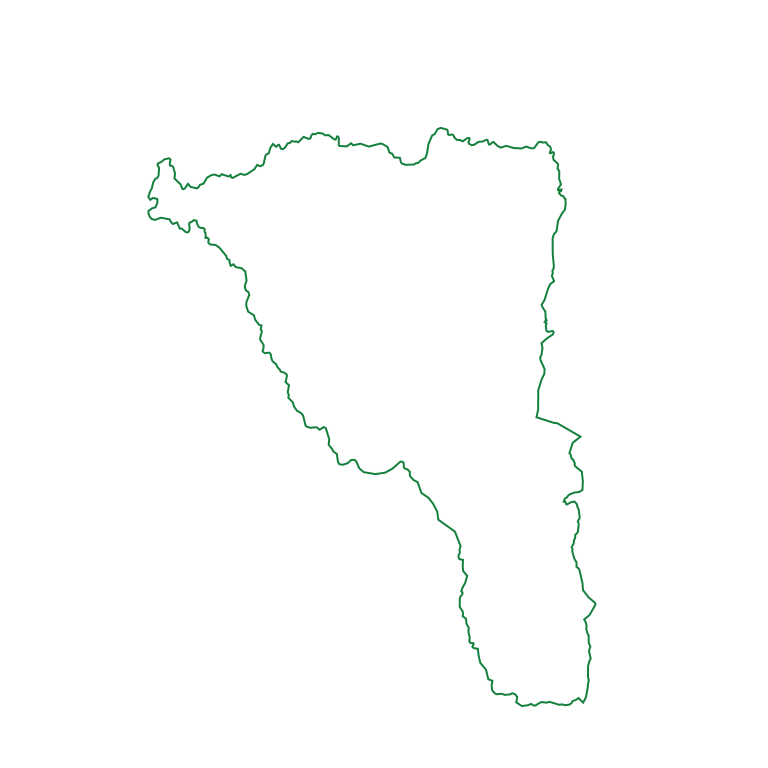 Macara, Loja, Ecuador (Equal Earth projection), rotated 15°
{"feature_id": "8360857B58604759333218", "entity_name": "Macara", "entity_type": "district", "adm_level": 2, "iso_a3": "ECU", "parent_name": "Ecuador", "parent_adm1": "Loja", "projection": "equal_earth", "projection_center": [-79.942, -4.349], "detail": "fine", "context": "isolated", "style": "outline", "palette": "green", "viewbox_px": 768, "rotation_deg": 15, "n_neighbors": 0, "source": "geoboundaries", "source_scale": "gbopen_adm2", "svg_char_len": 6165}
<svg xmlns="http://www.w3.org/2000/svg" viewBox="0 0 768 768"><g transform="rotate(15 384 384)"><path d="M124.1,228.8L122.4,228.1L120.7,228.4L119.9,225.9L119.7,222.5L118.1,221.6L113.9,223.7L111.2,227.4L108.7,229.2L108.5,230.1L108.5,231.1L110.9,233.6L112.3,241.2L111.6,243.8L109.9,245.1L108.9,249.2L109.1,255.3L108.3,258.1L107.9,264.3L110.6,266.6L112.6,264.1L116.8,263.9L117.6,265.1L118.2,268.2L117.5,272.5L114.4,274.4L111.7,277.9L112.4,280.3L114.4,283.1L116.7,284.7L120.2,284.8L125.6,281.1L134.4,280.5L136.3,282.7L138.8,284.1L142.2,281.4L146.7,286.8L148.4,286.2L153.1,288.5L154.7,288.6L155.8,287.7L156.2,286.0L156.0,283.9L154.3,279.8L154.5,278.4L156.6,276.8L157.7,275.0L160.7,274.8L161.8,277.4L164.2,280.1L166.4,280.7L168.8,280.1L170.6,280.7L171.4,283.6L172.6,284.3L173.9,289.1L175.6,288.4L177.4,289.6L177.5,292.4L178.2,293.3L179.9,294.2L185.5,293.3L189.7,294.9L198.4,301.1L199.8,303.5L202.7,304.4L203.9,307.5L205.5,309.5L207.6,307.3L210.5,309.5L216.3,309.0L220.8,311.1L224.5,319.7L224.1,325.1L224.7,326.7L226.2,329.2L229.2,330.3L230.8,332.8L229.9,340.7L230.8,344.3L234.1,349.3L240.5,351.3L242.9,355.2L244.6,356.7L248.5,359.3L250.6,359.2L250.7,363.1L252.4,364.5L252.5,372.1L253.5,373.8L257.6,377.4L258.4,380.8L258.1,382.5L258.4,384.0L260.9,385.1L265.1,383.4L265.8,383.7L267.3,385.2L268.6,388.5L270.7,391.1L274.8,392.8L276.5,395.1L279.9,397.3L280.9,398.7L284.5,398.8L287.6,400.0L288.2,401.7L288.4,407.7L292.6,409.8L293.1,416.7L295.0,419.6L295.1,422.0L300.6,425.3L303.0,429.1L306.8,432.3L311.4,433.5L314.1,435.5L319.0,444.5L321.1,445.3L324.2,445.3L330.2,443.2L333.6,444.9L336.9,441.2L339.2,441.7L345.4,451.5L346.3,457.0L350.7,460.2L352.6,462.4L356.5,463.7L359.7,471.1L361.0,472.6L362.2,473.0L365.0,472.7L368.1,470.8L369.9,469.2L372.1,465.8L375.0,464.9L377.2,465.9L382.0,471.9L387.2,474.4L398.9,473.3L408.1,469.3L414.2,463.4L419.9,454.8L421.3,454.3L423.3,454.9L424.9,459.5L426.1,460.3L428.8,460.4L431.6,462.1L432.7,465.8L433.5,466.7L437.7,469.2L441.8,470.0L448.3,479.5L456.1,482.3L462.2,486.7L468.4,493.4L471.6,501.0L490.8,508.3L500.0,520.9L499.8,524.3L500.9,527.5L500.4,530.5L500.7,531.8L502.2,533.7L505.8,533.4L507.3,540.0L508.9,544.2L514.0,547.8L513.9,555.3L512.6,560.1L512.3,564.4L513.7,564.9L514.0,565.6L514.1,566.9L513.0,569.1L512.7,571.7L514.9,579.8L518.8,583.3L519.9,585.8L520.0,587.8L524.0,589.6L525.7,594.2L528.9,597.4L529.7,601.5L532.5,606.9L533.0,610.5L534.6,611.8L537.5,611.2L537.9,612.2L537.3,614.7L538.0,615.5L539.8,615.9L543.2,615.5L545.3,621.0L549.1,628.3L556.5,633.6L561.2,642.2L565.5,642.6L565.9,647.1L567.6,651.4L568.7,652.6L571.6,654.3L573.1,654.5L577.6,652.8L581.3,653.0L586.3,651.1L587.7,649.5L590.8,649.7L593.7,651.8L594.1,657.2L600.5,659.4L606.0,657.1L609.0,654.9L611.5,655.8L613.4,655.4L617.4,651.2L619.2,650.3L623.3,649.8L626.1,648.2L636.6,648.5L638.9,647.3L641.6,647.5L645.9,645.8L647.6,643.9L648.2,641.4L650.8,639.8L653.2,637.0L658.9,640.2L660.1,634.4L659.4,624.5L658.8,622.0L658.5,617.2L656.8,613.9L654.1,603.4L654.1,598.1L654.7,595.7L651.1,588.9L651.3,584.2L648.7,580.9L646.8,574.1L644.7,571.7L642.9,568.4L642.2,565.0L640.7,562.2L638.3,559.6L642.4,553.8L645.2,543.1L645.1,541.6L643.9,540.4L637.2,537.4L629.6,531.6L627.2,524.9L620.8,512.9L619.8,511.8L617.3,510.9L616.2,506.6L612.9,503.3L609.0,496.6L609.0,494.8L607.5,493.2L608.5,489.0L608.0,485.7L608.5,483.2L607.8,480.3L609.4,477.4L609.5,476.0L608.3,468.8L606.7,466.5L607.6,463.6L607.5,462.1L604.6,455.0L602.2,452.1L601.7,450.4L598.6,448.3L595.7,449.4L591.8,453.1L591.1,452.9L589.6,450.8L588.1,451.1L588.3,448.0L590.1,446.1L590.6,444.3L592.3,442.2L596.6,439.3L600.4,437.9L603.1,435.0L601.3,426.6L597.8,417.6L589.9,413.9L589.1,412.7L588.8,411.2L586.1,407.9L584.5,407.5L582.4,403.7L581.0,402.9L581.5,392.0L587.4,384.0L561.4,377.0L558.3,377.6L539.9,376.7L539.5,368.8L534.6,350.0L535.1,338.4L536.2,332.9L535.3,328.1L528.7,320.0L528.0,317.8L528.6,314.9L527.7,308.0L525.5,303.9L529.5,297.9L534.3,292.3L534.5,290.1L533.2,289.1L529.2,291.2L527.1,290.5L525.1,285.5L525.4,283.3L523.3,282.7L524.5,280.9L523.5,280.5L524.0,279.4L523.0,278.3L521.1,272.3L516.9,268.5L515.8,266.7L517.3,261.4L517.8,249.8L518.7,244.4L521.7,240.7L518.2,236.1L518.3,233.1L517.3,230.9L518.0,228.9L517.5,226.0L513.3,214.6L509.2,199.8L509.3,195.6L511.1,191.8L509.9,181.2L511.9,172.9L513.6,169.0L512.9,163.1L511.3,158.1L510.2,157.9L508.5,156.1L506.4,156.1L503.7,154.4L503.7,153.1L505.1,151.8L505.0,150.2L502.0,151.7L501.6,150.4L503.3,145.4L500.1,140.5L498.3,133.3L495.7,130.7L495.6,127.8L494.9,126.2L489.8,123.6L488.4,120.8L488.7,117.9L488.0,116.4L487.0,116.3L485.3,118.1L484.3,117.8L484.6,114.2L483.2,111.8L480.3,110.7L477.9,108.6L474.9,109.7L472.5,109.5L470.5,110.7L468.2,116.7L467.2,117.7L464.6,118.3L460.0,117.8L456.1,120.8L448.2,122.5L440.4,122.3L435.8,125.4L432.4,124.8L427.1,121.9L425.7,123.0L424.7,125.0L423.3,125.5L420.9,121.6L419.9,121.5L416.4,124.3L412.6,125.7L408.9,129.8L406.5,130.6L404.2,130.0L402.9,128.9L403.4,125.5L402.7,124.3L400.9,124.9L397.3,129.2L394.4,128.7L391.3,129.3L388.6,128.0L386.6,125.8L385.3,125.3L382.7,126.6L381.3,126.3L379.9,122.8L379.0,122.0L372.7,121.9L369.8,123.9L368.3,129.5L366.2,131.3L364.8,140.7L365.8,149.6L365.7,153.3L365.2,155.3L361.7,158.4L359.7,161.7L357.5,162.7L356.5,164.1L348.1,166.7L344.2,166.4L342.8,165.2L340.8,161.4L335.3,162.5L332.2,159.4L329.4,159.1L326.2,154.2L320.2,152.5L318.2,152.7L307.9,158.6L299.0,158.0L292.5,161.4L289.9,160.0L286.6,164.1L279.3,165.6L278.4,164.8L276.8,158.2L275.5,156.8L274.5,157.1L274.2,160.2L273.0,160.7L266.1,157.9L262.8,159.0L259.8,158.0L255.3,158.5L252.8,160.6L250.3,160.9L249.5,162.9L249.3,165.7L247.7,166.8L242.4,166.1L238.6,172.7L236.1,172.4L235.1,173.1L231.9,173.2L230.7,175.5L228.7,176.5L227.3,181.2L225.6,183.3L223.6,183.4L220.8,180.1L220.1,180.2L218.4,182.8L214.7,180.8L213.1,185.2L213.0,190.9L210.9,192.8L210.4,194.3L210.8,202.3L210.3,203.9L208.0,205.7L204.8,205.2L203.2,210.1L197.6,216.5L195.1,218.2L190.9,218.1L184.5,224.1L182.9,223.9L181.7,222.0L180.2,223.8L172.8,223.4L171.4,226.0L166.3,225.5L163.5,226.7L159.7,230.5L157.8,237.2L154.7,239.2L153.6,242.6L152.5,243.5L146.3,243.7L142.8,241.4L141.0,246.6L139.9,247.8L138.7,247.7L135.8,243.8L128.4,239.7L127.6,234.6L124.1,228.8Z" fill="none" stroke="#15803d" stroke-width="2"/></g></svg>